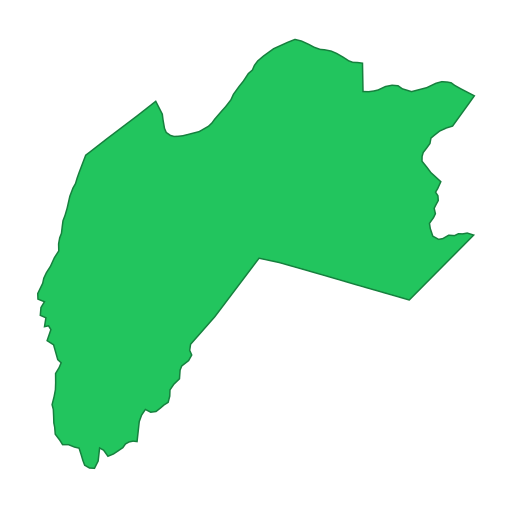 Quixelô, Ceará, Brazil, rotated 182°
{"feature_id": "56859067B76728874600060", "entity_name": "Quixelô", "entity_type": "district", "adm_level": 2, "iso_a3": "BRA", "parent_name": "Brazil", "parent_adm1": "Ceará", "projection": "robinson", "projection_center": [-39.118, -6.155], "detail": "fine", "context": "isolated", "style": "filled", "palette": "green", "viewbox_px": 512, "rotation_deg": 182, "n_neighbors": 0, "source": "geoboundaries", "source_scale": "gbopen_adm2", "svg_char_len": 2329}
<svg xmlns="http://www.w3.org/2000/svg" viewBox="0 0 512 512"><g transform="rotate(182 256 256)"><path d="M39.2,284.5L45.7,286.3L50.3,285.3L54.5,285.3L58.3,283.3L64.1,283.5L69.9,279.9L74.1,279.0L80.0,282.0L82.8,289.5L83.8,294.7L79.9,300.6L78.2,304.5L79.6,309.9L77.8,313.8L75.8,317.8L76.3,322.5L78.8,326.1L76.8,329.7L73.9,336.7L78.1,340.3L84.2,345.5L88.2,350.5L93.4,356.5L93.5,361.3L92.5,365.3L89.2,369.9L86.1,374.5L85.3,379.9L82.0,382.9L76.8,387.3L70.2,390.6L64.1,392.7L48.4,416.1L43.4,423.7L57.3,430.3L63.5,433.5L67.0,435.9L70.7,436.5L76.4,436.7L82.2,434.9L91.2,430.2L106.3,425.7L115.6,428.2L120.0,431.1L126.0,431.4L132.5,429.9L139.7,426.2L144.0,425.0L149.3,424.1L154.8,424.1L156.3,452.4L161.2,452.9L166.0,452.9L170.4,454.4L175.8,457.7L182.4,461.2L188.0,463.4L194.8,464.5L199.1,464.7L205.3,466.7L210.6,469.3L218.0,472.4L224.6,473.8L231.9,470.6L245.6,463.8L255.5,456.1L261.1,451.0L264.2,446.5L266.1,441.7L270.0,438.1L274.8,430.2L278.7,425.0L284.2,416.8L286.5,411.2L291.6,404.1L294.9,400.2L298.1,396.2L301.9,391.5L304.6,387.5L308.0,384.0L317.2,378.3L333.3,373.6L338.1,372.9L342.1,372.6L345.9,373.6L350.0,376.3L351.9,380.3L353.7,388.9L354.6,394.5L361.6,407.1L379.3,392.2L409.4,367.7L426.4,353.5L429.7,350.8L435.7,333.2L437.5,327.5L438.9,322.1L441.3,317.5L444.1,309.3L446.4,297.2L448.2,290.1L450.1,284.5L450.6,279.4L451.2,271.9L452.8,267.4L453.7,261.2L453.3,254.2L457.4,247.3L461.0,238.6L464.8,232.2L467.3,226.4L468.2,221.3L470.6,215.9L472.8,210.9L472.4,205.3L465.8,202.9L469.1,197.0L469.5,189.2L463.8,186.9L464.9,178.0L460.9,179.0L458.4,175.3L461.8,164.1L455.2,160.2L450.5,145.5L447.0,142.5L448.8,137.7L452.2,131.6L451.8,122.4L451.8,115.3L452.8,108.7L454.6,100.3L453.2,95.6L452.6,88.2L452.2,82.1L451.2,77.8L450.4,70.9L445.6,65.0L442.7,60.7L436.8,60.9L430.7,58.7L426.1,57.8L423.7,51.1L421.9,45.7L419.9,40.9L415.0,38.3L410.0,38.2L406.6,45.6L406.2,50.7L405.6,58.7L401.5,56.6L397.0,50.7L391.5,53.2L382.4,59.8L379.9,63.6L376.4,65.7L372.4,66.7L368.4,66.4L366.9,86.5L364.8,93.0L361.2,98.8L355.8,96.2L350.5,97.1L346.1,100.8L342.8,103.9L338.7,106.7L337.3,112.9L337.3,119.2L333.7,124.9L328.2,130.6L327.9,139.3L326.4,143.5L319.7,149.1L316.8,154.8L319.0,159.4L318.3,165.5L295.1,193.8L268.2,232.1L252.9,253.9L232.6,250.3L193.9,240.7L176.0,236.2L155.3,230.9L101.3,217.4L39.2,284.5Z" fill="#22c55e" stroke="#15803d" stroke-width="1.5"/></g></svg>